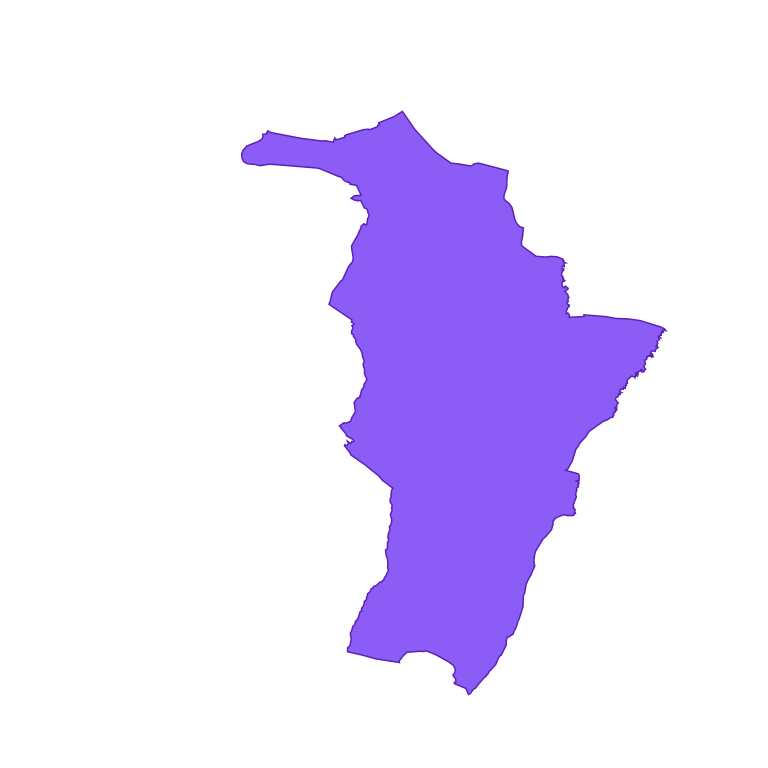 outline of Ghioroiu, Vâlcea, Romania, rotated 212°
{"feature_id": "2599482B90702862990057", "entity_name": "Ghioroiu", "entity_type": "district", "adm_level": 2, "iso_a3": "ROU", "parent_name": "Romania", "parent_adm1": "Vâlcea", "projection": "equal_earth", "projection_center": [23.826, 44.687], "detail": "fine", "context": "isolated", "style": "filled", "palette": "violet", "viewbox_px": 768, "rotation_deg": 212, "n_neighbors": 0, "source": "geoboundaries", "source_scale": "gbopen_adm2", "svg_char_len": 6171}
<svg xmlns="http://www.w3.org/2000/svg" viewBox="0 0 768 768"><g transform="rotate(212 384 384)"><path d="M230.7,559.1L251.1,548.6L250.1,547.2L262.3,538.7L262.8,540.2L265.0,541.6L265.7,541.6L266.6,540.2L268.2,542.9L268.1,544.2L268.7,545.4L268.1,548.2L268.9,549.1L271.1,548.9L271.8,549.4L272.0,550.4L271.3,551.7L272.9,552.7L273.2,555.6L274.4,555.7L275.2,557.1L279.7,558.3L279.0,559.1L279.4,560.3L278.3,561.6L278.5,562.7L281.9,563.1L282.4,562.4L282.1,561.1L284.0,561.2L285.9,562.7L287.0,565.1L286.4,565.6L286.6,566.4L285.7,566.6L285.4,567.4L287.4,567.5L287.5,568.6L288.9,568.7L289.3,570.0L290.6,569.9L291.8,571.4L292.5,574.4L291.9,575.3L292.2,576.3L292.7,576.8L294.2,575.9L295.2,577.6L295.0,578.7L293.3,578.9L293.5,579.6L294.5,580.2L294.8,582.4L294.2,582.9L296.7,582.6L297.0,584.1L298.1,583.7L298.3,584.6L304.6,583.6L309.9,580.8L313.9,577.5L322.7,572.9L339.8,574.1L341.1,574.8L342.5,576.8L344.9,583.0L348.5,590.3L352.2,589.3L356.2,590.4L359.8,592.5L369.0,601.5L373.5,603.4L378.4,603.9L380.8,605.0L382.3,607.9L384.2,615.7L389.3,624.7L391.3,630.1L392.0,630.4L420.8,621.5L424.3,618.3L425.5,615.0L436.6,610.5L444.2,606.8L461.7,607.9L466.4,608.8L492.4,616.1L512.9,624.9L517.2,616.0L527.0,602.7L525.3,601.5L526.3,600.3L525.8,598.8L531.2,591.7L532.2,591.9L536.3,588.7L548.2,575.1L548.9,573.6L548.0,572.5L553.5,566.2L556.0,566.5L555.3,565.4L555.9,564.7L555.2,562.1L563.0,559.0L565.8,557.0L584.2,548.5L613.4,537.2L616.6,537.2L616.7,535.3L616.0,533.9L619.2,531.4L617.7,529.9L617.3,527.1L618.9,523.4L626.5,513.1L627.4,507.5L626.6,503.6L623.6,499.8L620.5,498.1L616.5,498.4L608.9,502.2L604.8,503.4L598.3,509.2L594.9,511.2L555.6,531.5L552.1,532.7L532.1,536.0L529.9,536.8L525.8,535.5L522.6,535.7L519.5,536.6L518.7,535.4L512.4,537.9L503.4,531.9L508.9,527.9L510.3,524.0L506.7,524.3L503.2,525.5L501.3,527.2L496.2,524.5L494.1,522.8L492.1,523.4L490.4,523.1L489.1,521.3L485.8,519.0L485.5,515.5L483.1,509.9L483.4,509.4L485.9,509.3L487.0,505.5L486.2,504.1L485.8,498.8L485.3,498.0L484.7,484.1L483.8,482.5L476.9,474.6L475.5,471.2L476.3,464.7L474.4,450.6L475.3,447.9L476.5,434.5L473.5,425.7L473.0,422.5L445.1,421.4L444.5,419.2L441.9,419.6L441.3,418.6L442.2,416.4L440.7,415.9L440.0,414.8L439.6,412.0L438.1,409.5L436.4,409.7L435.0,408.0L432.2,407.2L428.6,403.3L422.1,400.8L418.4,398.1L417.0,396.1L413.0,393.1L412.2,389.8L410.2,387.5L408.5,386.5L406.3,382.8L404.1,380.8L401.3,379.4L400.6,376.1L400.9,373.4L399.6,370.9L399.8,366.9L398.3,362.7L398.2,361.1L397.2,360.3L399.3,357.5L399.5,352.4L394.0,346.0L393.6,344.3L393.5,338.8L392.6,334.9L395.3,330.8L397.5,329.8L399.6,324.9L389.2,321.2L388.4,320.2L380.9,320.5L379.2,319.7L379.2,318.9L380.9,318.2L380.5,316.6L380.7,315.9L384.7,316.1L382.8,314.7L382.6,313.9L382.8,312.2L385.0,311.8L384.9,310.7L376.9,307.9L374.2,306.2L358.2,305.5L339.3,303.2L334.0,301.4L321.2,300.4L321.3,298.2L319.3,293.6L318.0,292.0L317.8,289.5L315.9,286.9L312.9,285.7L311.9,282.9L310.2,281.1L309.4,276.6L305.4,272.9L303.5,268.5L303.9,266.0L301.8,263.6L300.9,259.1L299.3,255.7L297.4,254.6L297.0,251.3L293.8,246.1L294.7,244.3L294.6,243.8L291.6,240.1L288.5,237.6L285.7,234.0L283.7,230.3L281.1,227.7L281.3,225.4L280.7,222.7L281.1,220.3L280.3,217.4L281.1,216.4L281.2,215.1L282.5,213.7L283.6,209.3L285.5,206.9L285.4,204.6L286.3,203.8L285.8,199.8L286.8,197.5L285.9,195.7L285.8,193.9L285.0,192.8L284.8,190.6L285.6,189.1L284.9,188.6L283.8,184.6L284.2,182.6L283.7,181.0L282.6,179.9L283.3,179.0L283.5,177.7L281.8,171.5L282.1,170.3L281.6,169.4L282.5,167.6L281.2,164.5L282.0,161.9L280.5,157.0L280.6,155.1L278.6,152.4L276.8,150.9L274.3,144.1L275.1,140.7L272.9,137.6L259.4,142.4L245.2,146.6L223.3,156.0L224.1,156.7L224.3,157.6L223.8,162.7L222.5,168.6L212.4,176.0L208.0,178.6L207.0,179.9L205.2,180.4L196.3,181.9L181.7,182.6L176.0,182.2L172.0,179.6L170.9,176.1L171.4,173.9L169.9,172.7L167.8,172.3L166.2,171.0L165.2,169.5L166.3,168.5L165.5,167.2L153.3,169.2L147.8,165.5L146.8,167.3L146.4,172.5L145.1,174.8L145.0,178.2L143.4,188.5L142.7,189.4L142.9,191.2L142.2,192.4L142.4,196.0L140.6,205.4L141.8,212.5L141.5,215.4L140.9,216.3L142.0,227.5L143.9,230.3L145.3,234.3L144.3,235.4L142.0,240.4L142.7,243.2L142.9,247.3L144.8,254.3L144.8,256.0L148.1,268.8L153.6,278.3L154.1,281.8L157.3,289.4L158.2,295.6L158.1,299.9L158.7,301.9L159.6,309.3L163.4,313.7L166.3,320.4L166.9,323.2L167.0,336.9L166.0,340.3L164.8,349.3L166.1,354.1L167.8,357.0L167.4,361.4L162.4,368.4L158.6,369.7L154.8,372.1L153.4,373.5L154.2,374.8L153.0,375.7L154.8,377.1L155.4,378.9L157.0,378.9L157.5,379.7L158.3,379.8L158.5,380.8L159.4,381.8L161.1,390.4L162.6,391.5L163.7,393.6L164.2,395.9L165.5,397.7L164.8,399.8L165.1,400.6L166.3,401.3L165.8,401.9L166.2,403.4L166.6,403.9L169.6,403.7L168.8,404.9L167.6,405.1L167.4,405.6L170.1,409.9L171.6,410.8L184.2,407.0L183.1,409.6L183.6,418.7L186.7,430.4L186.3,434.6L186.6,437.7L185.0,445.9L184.9,452.7L178.3,468.5L175.5,472.2L174.0,475.6L172.2,477.4L173.0,478.5L172.7,479.9L174.2,481.2L173.1,482.7L173.9,483.8L173.0,484.4L173.0,485.8L173.5,486.3L175.0,485.6L175.6,486.4L174.3,488.0L175.7,489.5L175.2,492.0L178.8,493.2L180.1,494.7L180.0,496.0L178.8,496.9L179.3,497.7L178.9,498.5L179.8,500.0L178.2,500.5L179.1,502.0L178.2,502.6L180.0,502.6L180.7,504.4L179.6,505.4L179.4,506.3L178.3,506.5L179.0,508.1L177.2,508.1L177.8,509.9L178.5,510.6L177.7,511.5L178.8,512.5L178.0,513.7L179.9,515.9L178.3,521.8L175.4,522.8L174.6,522.4L175.3,524.6L173.3,524.9L173.7,526.3L176.0,525.7L176.5,526.3L175.5,527.0L175.3,528.2L174.0,527.5L174.8,529.6L173.1,531.0L173.7,532.5L172.5,532.6L172.0,531.1L171.6,530.9L170.0,532.0L170.3,533.1L170.0,535.3L171.9,535.7L173.4,537.6L172.8,538.8L173.0,539.7L175.6,542.2L174.4,544.1L174.8,545.8L175.7,546.4L174.3,547.6L174.5,548.2L173.4,548.5L173.7,549.6L172.4,550.0L172.2,549.1L171.4,549.8L171.1,548.8L170.2,549.8L172.2,551.5L173.1,551.7L173.9,551.1L174.5,551.7L174.2,554.3L171.3,555.3L172.0,557.7L170.9,560.2L173.3,560.0L172.6,561.6L173.6,562.5L173.4,563.6L174.3,563.9L175.0,565.2L174.0,567.4L175.6,568.7L173.8,569.6L175.0,570.0L176.2,569.5L176.6,569.9L175.6,571.7L174.7,572.3L175.9,573.8L176.1,575.2L175.0,575.1L174.5,576.1L175.9,576.5L175.8,577.7L173.3,578.6L175.7,579.4L179.6,579.0L200.7,573.4L211.4,568.6L222.4,562.3L230.7,559.1Z" fill="#8b5cf6" stroke="#5b21b6" stroke-width="1.5"/></g></svg>